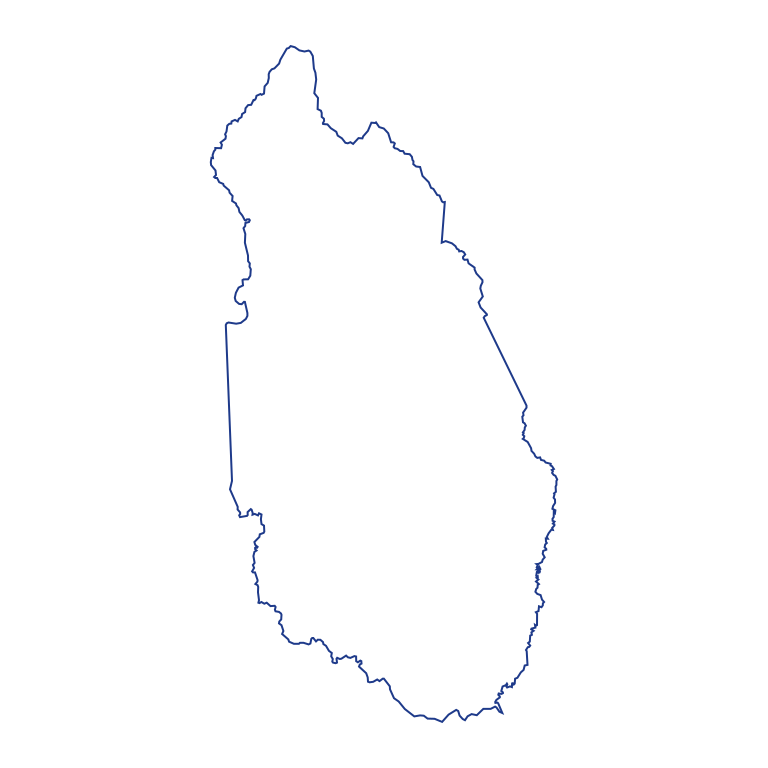 Calobre, Veraguas, Panama
{"feature_id": "35544464B72055613867107", "entity_name": "Calobre", "entity_type": "district", "adm_level": 2, "iso_a3": "PAN", "parent_name": "Panama", "parent_adm1": "Veraguas", "projection": "natural_earth1", "projection_center": [-80.825, 8.387], "detail": "fine", "context": "isolated", "style": "outline", "palette": "blue", "viewbox_px": 768, "rotation_deg": 0, "n_neighbors": 0, "source": "geoboundaries", "source_scale": "gbopen_adm2", "svg_char_len": 6099}
<svg xmlns="http://www.w3.org/2000/svg" viewBox="0 0 768 768"><path d="M557.2,479.5L555.4,475.8L553.6,474.9L552.1,472.9L552.9,471.2L551.8,470.0L553.9,469.0L552.0,466.2L550.5,465.4L550.7,463.8L545.6,462.5L544.2,460.7L541.0,459.9L540.1,457.4L537.3,457.9L535.4,456.4L534.2,453.8L531.5,450.9L531.1,448.2L527.7,442.0L522.8,438.9L523.8,438.0L524.3,436.2L522.8,434.8L523.7,433.1L522.9,432.4L524.6,429.9L524.8,427.4L525.9,425.7L524.6,423.3L523.0,422.3L522.3,416.7L523.5,415.3L523.1,412.6L526.5,407.7L526.5,405.6L483.7,317.7L484.8,316.1L486.8,315.1L486.9,314.3L480.6,307.5L478.6,302.3L482.8,296.5L480.3,288.5L480.8,285.8L482.5,282.2L482.4,280.1L476.4,273.5L474.6,269.5L474.6,267.6L468.6,263.4L467.5,259.6L464.4,259.8L463.1,258.6L463.0,257.0L465.2,254.5L463.8,252.2L461.5,251.0L459.2,251.4L458.7,249.7L456.9,248.8L455.5,246.2L451.9,243.3L445.6,241.1L441.7,242.7L444.8,202.0L443.2,202.3L441.9,201.4L439.5,195.5L437.2,195.0L433.4,188.9L431.0,187.8L428.8,182.3L422.5,175.9L420.1,167.0L416.1,166.5L413.3,164.2L413.5,161.3L412.5,160.0L411.9,156.8L409.7,154.2L404.6,153.7L403.2,151.1L400.2,151.0L397.5,148.9L394.7,148.2L393.6,146.9L394.8,143.4L393.6,142.4L391.1,142.3L388.2,133.2L383.8,128.5L379.2,127.1L376.0,122.4L375.4,123.0L371.4,122.7L367.9,130.9L363.2,136.3L362.4,138.4L358.5,138.1L353.1,143.9L350.4,142.2L347.8,143.3L345.4,142.8L341.9,138.3L337.7,135.6L336.3,131.8L330.8,128.2L327.5,124.4L323.1,124.0L322.9,123.1L324.1,121.0L323.9,118.7L321.7,116.9L321.7,112.9L320.9,110.7L317.6,109.1L318.0,97.9L314.3,93.2L316.2,79.5L315.4,72.7L313.9,68.5L312.8,56.0L310.3,51.6L308.6,50.6L304.5,51.5L299.4,50.4L294.8,47.2L290.6,46.1L288.8,48.0L286.8,48.6L280.4,59.6L279.1,63.6L274.4,68.4L271.8,69.3L269.6,71.8L268.7,74.2L268.8,78.0L267.7,82.9L264.6,86.4L264.0,93.6L261.6,94.8L260.5,94.0L256.5,95.8L255.8,98.6L254.5,100.2L253.5,100.0L251.2,104.8L248.1,105.1L245.5,108.3L245.1,112.1L242.1,114.0L241.5,117.1L238.8,118.8L237.7,121.4L235.0,119.9L231.6,121.4L231.3,123.6L229.3,123.8L227.3,125.6L226.5,131.5L225.1,134.3L225.9,136.1L225.5,138.7L220.6,142.5L221.9,144.7L221.1,148.2L215.3,148.0L215.3,149.7L213.9,151.3L212.6,155.1L213.0,158.1L211.5,157.8L210.8,162.1L211.1,165.1L215.5,170.5L216.0,175.0L214.1,177.0L215.3,178.0L217.1,178.0L219.2,182.2L223.2,183.9L223.7,185.6L229.1,190.3L229.6,192.7L232.6,196.0L232.1,200.9L236.0,203.5L236.4,205.3L238.6,208.1L239.4,211.9L242.3,215.5L244.8,220.2L245.7,220.6L246.9,219.4L249.1,219.3L249.8,220.2L249.0,222.0L245.4,223.0L245.2,226.0L243.5,228.2L245.3,234.0L244.9,242.7L248.0,255.5L248.1,261.2L249.8,263.4L249.5,266.7L250.8,269.2L250.3,275.7L248.1,279.3L243.6,279.4L242.5,280.1L243.0,285.4L238.6,287.6L235.9,292.8L234.8,297.8L235.7,301.0L239.1,303.9L241.7,304.2L244.0,301.8L244.9,301.9L247.4,313.0L247.4,315.9L245.9,318.9L240.8,322.9L236.2,323.7L228.5,322.5L226.7,323.3L225.8,325.0L232.0,480.9L230.0,489.3L237.7,506.8L237.6,509.5L240.1,512.4L240.2,513.9L239.2,515.3L240.0,517.1L247.0,515.9L247.7,515.0L247.6,512.1L250.8,509.1L251.6,509.7L252.7,513.0L252.5,514.7L254.7,513.9L258.0,515.4L259.0,513.3L261.5,514.5L260.9,519.2L261.5,524.1L264.0,525.6L264.3,531.6L263.6,532.9L259.8,534.3L259.4,536.9L254.4,542.0L255.2,544.8L257.6,546.9L256.9,547.8L255.8,547.2L255.1,547.8L255.2,549.3L256.5,550.5L254.4,551.9L253.4,556.1L254.6,562.9L252.9,565.0L254.1,567.9L252.1,571.4L253.0,572.4L255.0,572.4L257.6,580.2L257.4,581.6L255.4,584.0L257.6,585.2L258.2,586.9L258.0,592.3L259.0,600.2L258.4,602.7L259.5,603.1L261.4,602.0L264.3,603.7L266.7,602.7L270.5,606.1L274.7,605.8L275.6,607.0L274.9,609.7L275.5,611.3L279.0,611.9L281.0,613.5L281.5,614.8L281.2,619.4L279.3,621.5L279.0,623.4L281.5,625.2L283.4,631.0L282.1,634.0L288.3,639.4L289.1,641.7L293.9,643.8L298.9,643.8L300.0,642.8L303.5,642.8L308.6,644.4L310.4,643.5L311.3,638.9L312.2,638.0L313.3,638.0L316.0,641.4L317.8,639.7L320.4,639.8L323.0,642.1L323.4,644.1L326.0,645.8L328.9,650.8L331.8,653.0L331.2,656.3L332.8,659.0L332.3,661.6L333.0,662.6L335.7,663.2L337.0,662.6L336.5,658.8L337.2,657.8L339.8,659.0L341.4,658.7L346.1,655.6L347.9,657.3L350.4,657.9L354.4,656.1L356.1,656.5L356.2,661.2L357.9,662.3L360.3,660.6L361.3,661.1L361.5,663.6L359.8,664.5L359.0,666.6L366.2,673.2L367.7,677.4L368.0,681.7L369.6,682.3L373.2,681.8L377.2,679.5L379.5,681.1L382.7,678.7L383.9,678.7L389.8,686.3L390.0,689.3L394.0,698.2L398.7,701.5L404.8,709.0L414.3,716.4L420.1,715.4L423.8,715.7L427.6,718.6L434.6,718.8L442.1,721.9L448.6,714.6L456.2,709.9L458.2,711.0L459.6,715.6L462.7,719.0L465.0,720.2L467.6,716.3L471.6,714.1L476.8,715.2L483.3,708.9L490.6,708.9L495.1,706.6L496.5,707.5L499.4,711.7L502.3,713.0L498.2,703.3L497.5,702.6L495.4,702.9L495.2,702.0L496.4,699.9L499.8,697.4L499.8,696.4L498.3,694.8L498.7,693.5L501.5,693.9L502.9,693.2L502.9,692.4L501.3,691.0L502.6,686.5L505.9,685.1L506.9,683.6L507.3,684.3L506.4,686.5L507.1,687.5L510.0,686.4L511.9,687.1L512.1,683.4L512.8,683.2L513.8,684.5L514.7,683.6L515.1,678.7L517.4,677.8L520.8,672.4L523.6,669.9L524.7,665.5L527.5,664.9L526.7,651.2L526.0,650.0L527.8,647.2L529.2,646.9L530.2,645.6L528.1,643.0L529.8,641.6L530.2,635.6L531.9,634.8L531.4,632.4L533.6,630.8L531.2,629.3L531.5,628.6L535.4,627.6L535.0,624.9L536.1,625.7L537.0,625.1L537.1,613.8L535.9,612.2L538.5,611.1L539.0,606.3L541.5,607.2L542.8,605.4L542.9,603.3L544.1,602.0L542.0,599.6L540.6,595.1L537.3,593.9L535.4,591.8L536.2,589.0L537.5,587.7L537.7,584.9L538.9,584.1L536.0,581.5L538.4,579.5L536.6,577.9L537.8,577.4L537.7,576.2L537.0,576.7L536.2,575.8L536.9,571.8L537.6,571.2L538.5,572.8L539.5,572.5L539.9,571.7L539.3,570.7L540.4,569.2L539.3,566.8L538.5,567.7L538.8,569.6L536.8,569.4L537.8,568.5L536.7,567.4L537.8,565.1L536.6,564.1L538.5,563.9L542.0,562.0L542.7,559.6L544.7,557.3L542.7,553.8L543.2,550.9L546.3,549.7L546.2,548.8L544.6,547.3L545.2,544.5L546.8,543.0L546.0,541.8L545.8,538.5L547.8,538.7L546.8,537.0L548.6,533.3L551.4,529.6L552.9,529.9L552.2,527.9L554.4,525.5L554.4,524.4L552.9,523.6L554.5,521.6L552.6,520.8L552.5,518.8L553.7,517.1L553.8,511.6L555.0,513.0L555.4,510.3L552.4,508.8L553.1,506.0L555.1,502.9L555.0,499.5L553.6,497.7L554.5,494.3L554.0,493.4L555.9,491.8L555.6,486.6L556.4,485.0L556.4,481.0L557.2,479.5Z" fill="none" stroke="#1e3a8a" stroke-width="2"/></svg>